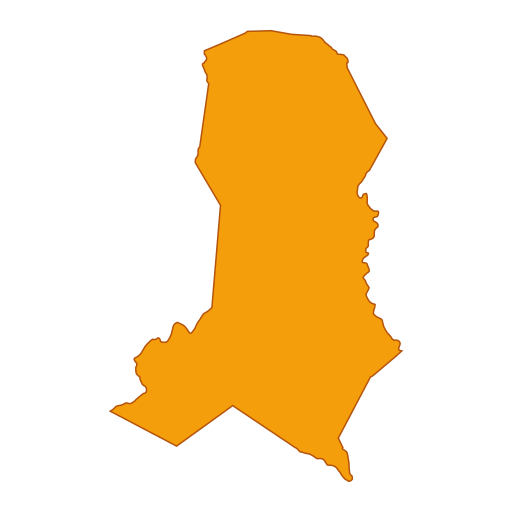 the district of Nueva Armenia, Francisco Morazán, Honduras
{"feature_id": "27666195B91464863052261", "entity_name": "Nueva Armenia", "entity_type": "district", "adm_level": 2, "iso_a3": "HND", "parent_name": "Honduras", "parent_adm1": "Francisco Morazán", "projection": "robinson", "projection_center": [-87.179, 13.75], "detail": "fine", "context": "isolated", "style": "filled", "palette": "amber", "viewbox_px": 512, "rotation_deg": 0, "n_neighbors": 0, "source": "geoboundaries", "source_scale": "gbopen_adm2", "svg_char_len": 6027}
<svg xmlns="http://www.w3.org/2000/svg" viewBox="0 0 512 512"><path d="M176.6,446.1L232.7,405.6L295.2,447.6L296.1,448.0L296.9,448.5L297.7,449.2L299.0,450.8L299.6,451.5L299.8,451.7L300.1,451.8L300.9,451.9L306.1,453.4L308.4,453.8L309.9,454.2L311.3,454.9L312.4,455.5L314.4,456.8L316.0,458.1L317.0,458.5L317.5,458.7L318.0,458.7L319.4,458.5L320.3,458.5L321.7,458.7L322.9,459.1L323.5,459.5L324.2,460.3L324.9,461.3L326.6,464.0L327.1,464.7L327.4,465.0L327.8,465.1L328.8,465.2L329.7,465.3L331.1,465.3L332.1,465.4L333.6,465.9L334.4,466.3L335.1,466.7L336.3,467.6L337.1,468.5L338.1,470.1L339.4,471.6L340.0,472.3L340.5,473.2L341.3,474.7L342.2,475.9L343.6,477.6L344.7,478.8L345.3,479.3L346.8,480.1L348.6,481.2L348.9,481.3L349.2,481.3L350.1,481.0L350.7,480.7L351.3,480.3L352.2,479.4L352.3,479.0L352.3,477.4L352.2,476.7L352.1,476.2L351.8,475.9L351.1,475.3L350.2,474.2L349.9,473.6L349.6,472.6L349.5,472.0L349.5,471.2L349.3,470.3L349.2,468.8L348.9,462.6L347.7,455.6L347.3,453.5L347.0,452.7L346.8,452.3L346.6,452.0L346.1,451.5L344.6,450.3L343.6,449.6L342.7,449.2L342.4,448.7L342.4,448.4L342.6,448.0L342.9,447.7L338.3,438.1L370.5,376.9L372.4,376.1L396.2,356.0L401.8,350.9L399.6,350.5L398.8,349.5L398.6,348.3L399.2,346.7L399.7,345.5L400.1,343.9L400.0,342.6L398.7,340.9L397.5,340.3L395.9,340.1L394.1,340.3L392.2,339.0L390.8,336.7L389.6,335.3L387.3,332.9L385.4,329.8L383.8,326.7L382.8,323.2L382.5,321.4L381.9,319.7L380.9,318.8L379.1,318.0L376.9,316.9L375.2,315.7L373.6,314.1L373.4,312.7L373.8,309.8L374.0,309.7L374.5,308.2L375.1,305.1L375.1,304.6L374.5,304.1L373.1,303.9L371.1,302.9L369.4,301.4L368.3,299.9L366.8,297.1L366.2,295.6L366.2,293.7L367.1,292.0L368.0,290.4L368.9,288.5L369.0,287.4L366.8,284.2L366.1,282.7L365.4,280.8L364.7,279.7L363.5,278.4L363.2,277.5L364.0,276.0L365.6,274.4L367.1,273.0L368.4,272.2L369.3,271.0L368.9,268.9L368.0,266.5L367.9,266.4L367.2,264.3L366.9,263.6L365.7,263.0L364.8,262.8L363.2,262.7L362.4,262.2L362.3,260.7L363.1,258.7L364.1,257.7L365.8,256.4L366.9,255.7L368.1,254.7L368.4,253.5L368.0,252.8L367.1,252.8L366.5,252.7L365.8,251.7L365.8,250.0L366.0,248.4L367.0,247.6L368.1,246.5L368.4,244.4L368.3,243.1L368.4,241.6L368.6,240.4L369.1,239.7L370.5,239.4L372.2,238.7L372.5,238.4L373.4,237.8L374.2,236.3L374.3,232.0L374.4,230.9L375.3,229.1L376.5,227.9L377.6,227.1L378.1,225.9L377.9,224.3L376.9,222.9L373.6,220.9L373.0,219.7L373.3,217.9L374.5,217.3L376.2,216.8L377.1,216.6L377.9,215.6L378.3,214.1L378.6,212.5L378.3,211.5L377.1,211.0L375.3,211.2L373.4,210.8L370.6,208.6L369.4,207.0L368.1,205.5L367.1,203.0L367.3,198.1L366.8,194.3L366.2,193.5L365.5,193.6L364.4,193.9L363.3,194.4L362.0,197.4L361.7,197.7L360.4,198.0L359.2,197.5L357.6,195.1L357.1,192.4L357.3,191.0L357.6,188.6L357.9,186.1L359.6,183.6L361.0,182.5L362.1,181.0L362.8,179.9L364.4,177.4L365.6,175.3L365.7,174.1L366.6,172.7L368.3,171.1L369.2,170.5L369.9,169.6L370.5,168.4L387.1,138.4L375.5,123.7L347.1,67.6L347.1,67.1L347.1,66.0L346.7,64.2L346.8,63.1L347.3,63.0L347.8,62.6L348.0,62.2L348.1,61.8L348.0,60.8L347.6,59.3L347.3,58.6L346.8,57.9L346.5,57.5L345.8,57.0L344.9,56.1L344.3,55.3L343.8,55.0L343.0,54.7L339.8,54.3L338.2,54.3L337.7,54.1L337.4,54.0L337.1,53.6L336.9,52.8L336.6,52.0L336.3,51.5L336.0,51.2L335.3,50.7L333.4,49.7L332.5,49.2L332.2,48.8L331.6,47.9L330.8,46.9L330.4,46.7L329.5,46.2L329.0,45.8L328.3,44.9L325.1,42.6L324.3,41.6L323.2,40.0L322.9,39.6L321.3,38.1L320.4,37.5L318.8,36.9L317.5,36.5L316.6,36.3L314.2,36.1L312.5,36.2L311.7,36.2L311.4,36.0L310.9,35.6L291.4,34.3L271.0,30.7L247.2,31.4L245.7,32.9L220.7,43.9L204.3,50.8L204.4,51.7L204.3,53.4L204.4,54.1L205.1,54.9L205.8,55.9L206.4,57.0L206.6,57.9L206.6,58.9L206.3,59.8L205.8,60.8L205.0,61.4L204.0,63.1L203.6,63.1L203.2,63.3L202.9,63.5L202.7,63.7L202.5,64.2L202.5,64.9L202.6,65.7L203.7,67.9L204.5,70.0L205.1,71.7L205.8,73.1L206.6,74.2L206.9,74.7L207.1,75.7L207.2,77.1L207.1,77.8L206.9,79.4L206.8,80.3L206.9,80.9L207.1,81.4L207.4,81.9L208.4,83.2L208.7,83.7L199.8,146.5L199.1,147.7L198.5,148.5L198.0,150.3L198.1,151.7L198.1,153.5L197.7,155.2L197.1,156.8L196.1,158.1L195.5,159.2L195.3,160.6L195.3,162.7L220.5,205.3L211.9,307.5L210.1,309.3L208.8,310.4L207.0,311.8L205.4,312.6L204.5,313.2L203.8,313.6L203.3,314.2L201.9,316.2L200.0,319.3L199.5,320.1L198.4,321.5L197.7,322.5L196.3,325.2L195.2,327.8L194.6,328.8L193.5,330.3L192.6,331.6L191.8,332.5L191.2,333.0L190.8,333.2L190.3,333.2L189.9,333.2L189.6,333.0L186.4,328.3L184.6,326.3L183.5,325.4L183.0,325.0L177.9,322.6L177.6,322.4L177.4,322.4L176.1,323.0L175.0,323.7L174.2,324.5L173.7,325.4L173.4,326.0L173.1,326.7L171.9,332.0L171.4,333.8L171.2,334.5L169.8,337.5L168.6,339.7L167.7,340.9L167.3,341.3L166.9,341.7L166.3,342.0L165.8,342.1L165.3,342.3L164.5,342.3L162.8,342.2L162.0,342.1L161.3,341.9L160.8,341.6L160.5,341.2L160.4,340.9L160.4,340.4L160.3,340.1L159.8,339.2L159.4,338.6L159.1,338.2L158.9,338.1L158.6,338.0L158.2,337.9L157.6,338.1L156.9,338.7L156.4,339.0L154.9,339.6L154.4,339.7L154.1,339.7L153.8,339.6L153.4,339.3L153.0,339.2L152.6,339.3L152.1,339.5L151.5,340.0L150.6,340.7L147.6,343.6L146.5,344.8L145.5,345.9L141.3,352.9L140.9,353.4L140.4,354.0L139.1,355.4L137.7,356.4L137.0,356.9L135.6,357.6L134.9,358.0L134.3,358.6L134.2,359.1L134.2,359.4L134.3,359.8L134.7,360.6L135.5,361.9L136.5,363.0L136.7,363.4L136.8,363.9L136.8,364.5L136.7,365.4L136.6,365.8L136.2,366.5L136.0,367.0L135.8,367.7L135.8,368.3L135.8,369.7L135.9,371.4L136.0,372.3L136.3,373.3L136.7,374.1L137.1,374.6L138.6,376.0L139.5,376.7L139.8,377.0L140.0,378.2L140.1,379.6L140.2,379.9L141.4,382.4L142.3,384.2L142.7,384.7L143.4,385.3L144.6,386.0L145.1,386.3L145.6,386.9L146.0,387.5L146.3,388.1L146.4,388.6L146.5,390.0L146.4,391.0L146.3,391.6L146.1,392.1L145.7,392.6L145.2,393.0L144.7,393.2L144.0,393.3L143.7,393.4L142.3,394.3L140.5,395.8L138.8,397.1L137.6,398.2L135.8,399.8L135.4,400.2L134.8,401.0L134.4,401.3L131.4,403.2L130.6,403.5L129.9,403.6L128.5,403.4L126.8,403.0L126.3,403.0L125.8,403.0L125.1,403.3L123.3,404.3L121.8,404.9L120.4,405.3L117.4,405.9L116.6,406.2L116.3,406.3L115.9,406.6L113.6,408.9L111.8,410.2L110.2,411.2L176.6,446.1Z" fill="#f59e0b" stroke="#b45309" stroke-width="1.5"/></svg>